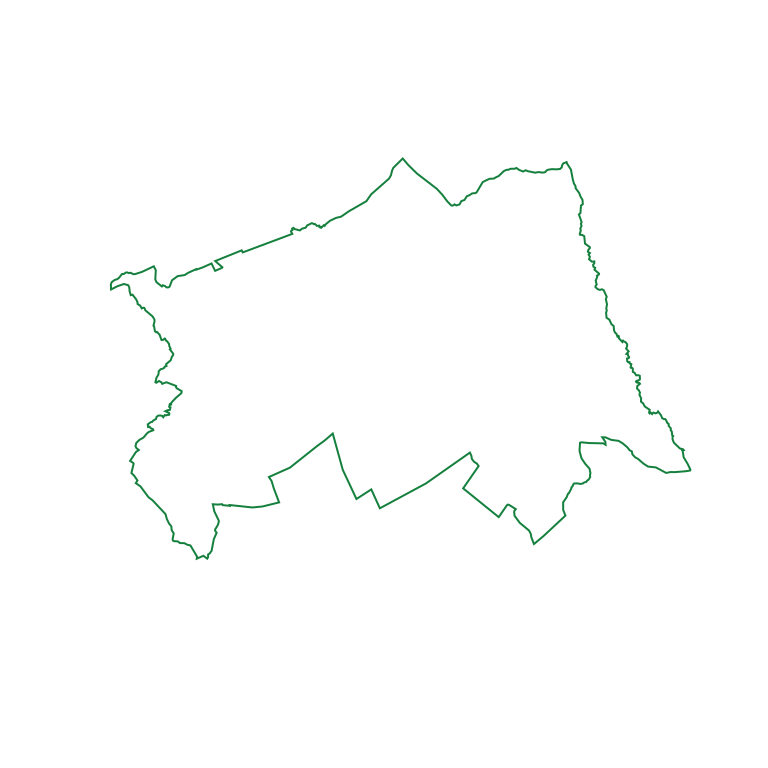 outline of Baltesti, Prahova, Romania, rotated 242°
{"feature_id": "2599482B69098006337159", "entity_name": "Baltesti", "entity_type": "district", "adm_level": 2, "iso_a3": "ROU", "parent_name": "Romania", "parent_adm1": "Prahova", "projection": "natural_earth1", "projection_center": [26.112, 45.09], "detail": "fine", "context": "isolated", "style": "outline", "palette": "green", "viewbox_px": 768, "rotation_deg": 242, "n_neighbors": 0, "source": "geoboundaries", "source_scale": "gbopen_adm2", "svg_char_len": 6166}
<svg xmlns="http://www.w3.org/2000/svg" viewBox="0 0 768 768"><g transform="rotate(242 384 384)"><path d="M574.3,506.4L570.5,493.7L568.6,491.3L565.1,488.2L563.0,484.9L557.5,461.7L553.7,454.3L553.0,434.1L551.9,424.7L553.2,419.5L553.5,412.9L552.4,407.7L551.5,405.9L552.5,405.5L551.4,401.9L551.9,401.4L552.4,401.9L553.0,400.7L554.2,401.2L555.1,399.0L557.7,398.2L557.8,397.4L559.9,395.9L560.1,390.6L558.8,388.2L559.6,384.6L559.1,381.8L562.7,377.9L564.4,377.3L564.3,375.8L563.0,375.6L562.9,374.1L562.3,373.5L559.6,373.5L566.5,321.1L568.8,321.1L571.8,292.7L563.0,296.1L562.6,295.3L563.2,288.0L571.4,288.3L572.1,278.2L573.1,272.0L573.6,272.1L574.1,263.3L573.8,259.1L576.1,252.5L575.1,245.5L571.2,241.1L570.5,240.1L570.5,239.2L571.3,237.4L573.1,236.7L575.0,235.1L574.4,233.7L580.7,230.9L583.8,231.2L591.5,235.9L596.0,236.0L596.6,223.0L597.9,215.8L598.8,214.0L601.1,212.6L601.7,210.8L603.1,209.6L603.6,208.4L603.3,206.0L604.1,204.3L602.1,199.7L601.8,197.6L602.3,195.1L601.8,191.5L600.2,189.6L595.6,187.4L595.5,194.5L594.4,201.3L591.4,204.5L589.0,204.5L585.2,202.9L581.3,202.1L580.9,203.9L575.1,204.9L572.2,204.8L570.3,204.0L567.7,205.5L564.5,205.6L564.5,207.0L563.7,208.1L561.0,207.9L552.3,211.4L548.8,211.6L547.0,210.8L543.7,207.8L542.8,208.1L538.2,206.5L536.7,207.1L536.6,208.0L532.8,209.0L527.3,208.2L526.7,209.8L527.1,211.7L526.8,212.0L524.7,211.9L523.3,212.6L520.1,213.0L518.6,212.3L515.3,212.1L515.1,211.2L509.7,212.1L508.5,211.4L507.8,209.7L505.1,206.8L503.8,200.9L502.0,200.4L502.3,198.4L501.5,197.8L501.4,195.7L501.9,193.8L501.1,191.2L498.2,189.2L496.4,186.1L492.9,183.0L492.0,183.5L492.3,186.7L490.1,188.2L488.3,188.2L487.7,192.7L479.9,199.5L479.0,198.9L477.5,199.0L472.7,202.0L471.1,200.9L469.5,193.9L468.0,189.3L466.9,186.7L465.8,186.4L465.9,185.7L466.7,186.0L466.9,185.5L464.7,183.6L463.6,184.5L461.7,182.8L462.5,180.3L462.6,178.2L459.3,180.7L458.4,180.5L457.7,179.7L458.4,178.4L458.5,177.0L459.5,175.8L458.3,173.5L460.0,173.2L461.3,171.6L462.1,169.7L461.7,167.7L460.2,166.3L460.0,163.0L459.4,161.6L459.8,160.3L459.3,156.5L456.8,155.5L456.3,157.0L454.6,157.2L452.4,158.9L451.5,158.6L452.1,153.8L451.6,151.3L449.6,146.4L449.5,141.9L448.3,137.7L445.8,135.4L443.6,135.3L440.8,136.5L440.4,133.0L435.3,123.7L432.1,125.5L431.1,125.5L424.0,119.2L420.1,120.4L414.5,121.0L413.0,118.3L407.9,120.9L394.7,122.9L389.8,125.1L371.7,130.0L366.8,128.9L361.7,128.7L358.2,129.4L354.6,127.9L350.8,128.2L346.2,124.5L344.9,124.1L343.8,124.8L341.9,128.0L339.3,129.2L337.3,132.9L334.4,134.9L332.3,137.3L319.2,137.9L317.7,136.7L317.1,143.9L312.8,145.9L313.6,147.3L316.1,148.7L316.2,150.5L317.7,153.5L326.9,160.9L331.2,166.4L333.8,166.0L334.9,166.7L337.4,170.9L339.8,173.4L341.1,174.0L351.3,174.4L358.2,176.4L355.6,180.6L353.9,184.6L352.8,184.7L348.8,190.7L349.6,190.9L336.8,209.8L332.9,219.2L328.7,235.8L343.6,237.7L351.1,239.2L355.9,238.7L354.3,261.7L360.6,295.6L361.9,304.7L364.3,315.5L327.6,307.3L295.4,305.7L296.9,323.3L276.2,322.0L276.5,374.4L283.1,427.6L279.8,427.5L276.5,426.4L273.1,427.0L269.9,428.7L267.1,429.0L254.7,404.9L212.6,422.8L219.2,435.5L219.4,436.6L218.7,437.6L211.7,441.6L210.8,439.6L209.8,438.8L206.3,437.4L197.7,438.7L186.4,443.3L182.6,443.2L179.3,442.1L172.3,441.3L174.8,453.2L182.6,482.4L188.7,483.1L195.4,486.6L198.4,492.3L200.7,494.9L200.7,495.8L203.6,500.1L204.8,501.0L205.0,502.2L206.7,504.3L206.9,505.1L205.6,507.9L203.6,510.4L202.8,512.9L203.1,514.2L202.6,516.7L203.3,517.9L203.5,519.8L205.1,522.4L207.1,523.2L208.3,524.4L212.8,525.7L219.0,524.2L225.7,523.5L233.1,525.2L240.1,529.5L239.8,531.0L235.5,537.5L228.6,549.8L226.3,551.1L228.9,552.3L234.5,551.7L232.9,554.5L227.9,558.5L223.7,564.4L219.7,566.8L214.0,569.1L210.2,569.8L208.1,571.2L205.3,570.3L201.4,571.3L198.5,573.2L191.9,575.7L187.1,578.4L182.7,584.9L173.0,591.4L171.7,595.8L169.8,599.1L165.3,609.5L163.9,613.7L164.5,614.3L170.7,614.6L178.7,614.2L184.3,616.2L185.5,616.1L185.0,617.6L186.0,617.4L188.2,615.0L196.1,612.4L199.6,612.8L201.8,613.9L202.3,614.9L203.5,614.4L207.0,615.8L208.5,615.4L210.1,616.4L213.5,615.7L214.9,616.6L217.2,615.7L218.1,616.1L220.9,615.9L221.6,614.7L223.2,613.6L226.4,613.9L231.1,613.1L230.4,612.0L230.6,610.0L232.3,608.4L231.6,606.6L233.6,606.1L233.2,604.8L234.1,604.6L234.3,605.3L235.2,605.3L236.5,606.5L241.7,603.7L245.2,603.7L247.8,602.6L250.6,604.3L254.6,604.5L256.1,605.9L258.6,606.1L261.1,605.3L263.2,606.5L264.0,610.1L264.9,610.0L266.8,607.8L267.8,607.6L268.2,608.6L267.7,610.2L267.9,612.1L271.1,613.7L272.2,613.0L273.3,610.7L276.4,610.5L277.8,609.4L280.8,610.9L281.9,610.6L282.3,609.6L282.8,609.5L285.5,611.7L286.9,610.5L288.0,611.1L289.0,609.6L290.0,609.5L292.4,610.5L292.0,612.2L292.7,613.1L294.5,612.8L295.7,613.3L296.7,612.2L297.9,615.3L301.7,614.4L302.8,616.0L304.9,617.4L307.7,616.9L308.9,615.7L310.0,615.4L309.2,614.2L314.0,612.9L316.0,613.8L316.5,613.4L316.3,612.4L319.4,612.8L320.8,612.1L323.4,612.3L327.3,614.0L330.1,612.9L335.0,613.2L338.0,611.6L342.6,613.5L344.2,615.1L346.5,615.8L349.6,618.3L354.7,619.7L356.5,621.6L363.8,622.0L365.3,620.9L365.7,618.8L367.4,617.2L370.2,616.2L371.1,616.6L372.0,618.5L375.8,619.4L378.5,622.6L379.7,622.9L379.8,625.1L380.5,625.7L386.1,623.5L387.4,625.0L389.1,624.0L391.0,624.5L392.0,626.5L393.5,627.2L394.4,625.0L397.9,623.6L399.6,625.5L402.2,625.4L403.0,627.3L404.7,626.2L405.5,626.4L406.6,627.6L407.4,629.6L408.2,630.0L413.6,627.4L420.5,630.2L422.7,628.9L423.6,627.2L424.5,627.2L427.1,629.8L429.1,630.3L430.9,632.7L433.0,633.0L434.1,634.5L442.2,635.7L442.7,637.7L449.1,641.7L449.4,643.9L453.3,645.7L457.2,645.5L461.1,646.0L466.9,645.1L468.7,646.0L471.8,645.8L475.9,646.7L485.5,649.7L492.7,649.1L494.2,649.4L494.6,645.8L493.3,643.7L491.9,642.7L491.2,640.4L492.6,637.0L494.9,633.1L496.2,629.3L496.2,627.9L495.4,625.7L496.1,623.4L498.6,619.9L499.6,616.7L504.3,611.0L506.2,609.4L506.3,606.6L509.5,603.9L512.6,602.3L512.7,600.5L514.7,596.6L514.7,594.6L515.6,592.7L515.7,589.6L513.8,583.0L514.0,579.1L513.7,577.8L515.7,573.3L516.0,566.1L509.7,555.7L509.6,554.4L510.9,551.3L510.6,547.7L510.9,545.4L508.7,541.4L509.2,538.2L507.1,535.0L507.7,531.7L509.5,530.6L509.2,529.0L509.5,527.9L510.1,527.2L515.6,525.6L523.9,524.3L531.7,522.2L554.4,511.9L565.8,508.3L574.3,506.4Z" fill="none" stroke="#15803d" stroke-width="2"/></g></svg>